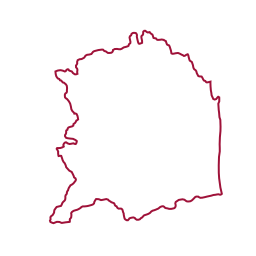 Akko, HaZafon, Israel, rotated 168°
{"feature_id": "584046B83749751332199", "entity_name": "Akko", "entity_type": "district", "adm_level": 2, "iso_a3": "ISR", "parent_name": "Israel", "parent_adm1": "HaZafon", "projection": "mercator", "projection_center": [35.293, 32.939], "detail": "fine", "context": "isolated", "style": "outline", "palette": "rose", "viewbox_px": 256, "rotation_deg": 168, "n_neighbors": 0, "source": "geoboundaries", "source_scale": "gbopen_adm2", "svg_char_len": 5486}
<svg xmlns="http://www.w3.org/2000/svg" viewBox="0 0 256 256"><g transform="rotate(168 128 128)"><path d="M204.6,48.3L204.2,49.0L204.1,50.1L203.7,51.1L202.9,51.6L202.1,52.5L201.4,54.8L201.3,56.5L200.3,57.5L198.9,58.1L198.3,58.3L196.2,58.5L194.5,58.6L193.0,59.0L191.0,59.7L190.0,60.4L188.6,60.7L186.4,60.3L184.4,60.1L182.6,60.1L179.5,60.3L178.0,60.6L176.9,61.3L176.3,62.7L175.2,64.0L174.0,65.1L172.2,64.7L171.2,64.3L169.4,63.1L167.8,63.0L166.4,63.0L164.0,63.0L162.3,62.0L162.0,61.2L161.0,60.2L160.3,59.6L159.7,58.8L158.9,58.4L157.3,57.3L157.0,56.5L156.9,55.4L156.4,54.4L155.5,53.8L155.3,53.1L154.9,52.0L154.0,51.1L152.3,50.8L151.2,50.4L150.5,49.4L150.4,48.7L150.3,46.8L150.0,45.2L150.2,44.1L150.2,42.3L150.2,41.0L150.1,39.9L149.5,39.0L148.5,38.1L147.3,37.8L146.1,38.6L145.4,39.3L144.1,39.5L142.2,39.5L141.1,39.3L140.0,38.5L139.6,37.5L138.4,36.4L136.7,36.1L135.3,36.3L134.2,37.1L133.1,37.4L132.0,38.1L130.7,39.1L129.7,39.3L127.7,39.5L125.8,39.8L123.9,40.5L122.8,41.4L121.2,42.0L119.6,42.1L118.1,42.3L115.1,42.9L114.1,43.4L113.0,44.0L112.0,44.2L111.0,44.3L110.0,44.2L109.0,43.4L108.4,42.3L107.7,41.8L106.4,41.3L105.4,40.8L104.5,40.3L102.6,39.9L100.4,39.9L99.2,40.0L98.1,40.9L97.6,41.8L97.4,42.8L97.4,44.5L96.7,45.7L93.3,47.1L90.7,47.0L89.4,46.9L87.7,46.1L87.0,45.3L86.2,44.4L85.5,43.9L83.8,43.5L82.1,43.4L80.4,44.0L79.3,44.7L78.2,45.4L77.2,46.1L76.4,46.6L75.3,46.7L73.6,46.3L73.1,45.7L71.8,44.7L70.0,44.4L67.3,44.4L64.8,44.5L60.7,44.5L58.4,44.7L56.1,44.5L55.0,44.5L53.4,44.4L52.6,44.0L52.1,43.7L51.2,43.5L49.9,44.1L50.0,50.6L49.3,59.9L48.5,65.3L47.0,72.6L45.0,80.8L43.1,86.0L42.4,89.4L41.7,93.2L40.0,100.0L38.2,105.8L37.2,110.1L36.0,116.8L36.3,119.5L35.7,124.2L35.5,126.8L34.9,130.9L34.6,133.0L33.2,135.1L32.6,137.8L32.4,139.0L33.3,139.8L34.0,139.4L35.7,138.0L37.2,137.8L38.5,138.6L39.4,142.6L39.2,144.9L39.1,147.8L38.6,151.6L38.0,155.0L37.7,156.2L40.2,156.1L41.4,156.2L42.0,156.6L42.6,157.9L43.9,158.7L44.4,160.0L44.8,161.7L45.3,163.0L46.1,163.3L47.4,163.6L48.4,164.2L48.8,165.5L49.3,167.3L49.4,169.3L49.9,170.5L51.0,171.7L51.4,172.9L51.5,174.1L51.4,175.8L51.8,179.2L52.6,180.1L53.6,181.1L53.8,182.7L53.9,184.8L53.9,186.5L54.3,187.7L55.7,187.5L56.9,187.0L57.6,186.8L58.4,186.9L59.4,188.0L60.4,188.6L60.9,189.1L62.1,190.1L63.5,191.0L65.7,191.2L67.9,191.2L69.2,191.4L70.0,192.0L69.9,194.7L70.3,198.8L70.6,200.2L71.7,200.9L72.5,201.6L72.8,203.5L72.9,205.1L73.8,205.8L74.8,206.7L74.8,206.8L75.6,207.1L76.2,207.4L77.0,207.6L77.9,207.6L79.4,207.8L80.8,208.1L81.4,208.5L81.7,209.1L82.1,209.9L83.3,210.3L84.3,210.8L84.4,211.7L84.5,212.9L84.7,214.3L85.7,215.3L86.5,216.3L86.9,217.3L88.7,217.3L89.6,217.9L90.9,219.5L91.9,219.7L93.0,219.1L93.3,218.2L93.7,216.7L94.5,215.7L95.4,215.4L95.9,214.7L96.1,213.5L96.1,212.1L96.1,210.3L96.5,208.4L98.0,208.1L99.3,208.0L100.0,208.4L100.3,209.8L100.4,213.1L100.4,215.4L99.9,217.1L100.0,217.9L100.4,219.0L101.2,219.5L102.7,219.9L103.6,219.9L104.9,219.4L105.7,218.0L107.1,217.3L107.7,216.1L107.7,212.7L107.7,211.7L108.2,210.4L109.4,209.9L109.9,209.3L110.4,208.3L111.1,208.0L113.1,207.8L115.5,207.7L117.7,206.8L119.1,206.6L120.7,207.0L122.2,207.6L124.5,208.0L126.5,207.4L126.8,206.4L127.5,205.6L128.5,205.1L130.3,205.2L132.0,205.6L132.9,206.5L133.9,207.7L135.0,208.1L135.5,208.7L136.0,209.7L137.0,210.1L140.7,210.4L145.0,210.2L146.3,209.8L147.6,208.7L148.4,208.0L150.6,207.9L152.8,208.1L154.5,207.6L155.8,206.3L156.5,205.8L159.0,205.1L161.1,205.3L163.1,204.8L164.0,203.3L164.3,201.5L165.1,200.6L165.9,199.9L166.2,198.1L165.4,196.6L165.4,195.3L166.1,193.3L166.2,191.5L167.7,191.3L168.9,191.6L170.4,193.2L171.2,195.0L173.0,196.0L173.8,196.7L174.1,197.7L174.9,198.0L176.0,197.7L177.1,196.6L178.0,196.4L179.6,197.5L180.8,198.1L182.0,198.6L183.0,198.7L184.8,198.8L187.2,198.4L187.3,197.7L187.5,195.8L187.4,193.5L187.0,192.4L186.3,191.0L185.0,190.2L184.6,188.8L183.6,188.4L182.9,187.3L182.4,186.2L181.2,185.6L180.3,184.4L179.6,183.5L179.1,182.0L179.3,179.7L179.9,177.7L180.2,176.2L180.7,175.4L182.2,174.7L182.8,173.8L183.1,172.5L183.2,171.0L182.5,169.9L181.6,169.0L180.6,167.1L180.0,165.6L179.5,163.8L179.4,160.9L179.5,158.1L178.9,156.1L178.0,154.7L177.6,154.0L177.5,153.2L176.8,153.2L176.3,153.1L175.4,152.4L174.9,150.3L174.9,148.4L175.0,146.8L176.2,146.2L177.0,146.0L177.8,144.9L178.7,144.0L180.5,143.2L181.0,141.7L182.3,141.2L184.6,141.1L186.1,140.9L187.1,140.1L187.6,138.9L188.9,138.4L189.3,137.2L189.5,136.1L190.1,135.1L191.1,134.1L191.3,133.0L190.6,131.3L189.3,130.6L187.1,129.8L184.0,128.8L181.8,127.1L180.8,125.8L181.5,124.2L182.5,123.2L183.8,123.7L184.4,124.3L185.5,124.4L187.1,124.4L188.5,124.5L190.4,125.6L190.9,126.3L191.6,126.9L192.5,126.9L193.9,126.1L194.8,124.8L194.7,123.2L196.3,122.7L198.3,122.5L201.1,123.0L201.5,123.1L202.1,122.4L201.6,121.2L201.2,119.5L201.6,117.9L201.8,115.8L201.7,115.0L200.0,114.9L199.1,114.6L198.8,112.2L198.6,110.0L198.0,108.0L197.2,106.7L196.7,104.4L196.6,102.5L195.1,99.9L194.3,98.5L192.2,96.7L191.6,94.5L191.1,92.4L191.0,90.9L189.8,89.6L189.7,88.2L190.5,87.1L191.3,86.5L192.2,85.7L193.2,85.0L194.7,84.3L196.2,83.9L197.0,83.0L198.2,81.9L199.2,80.4L199.6,79.5L200.4,78.9L201.1,77.9L201.4,76.8L202.0,75.9L202.9,75.3L203.5,74.2L203.8,72.5L204.4,70.9L205.2,70.1L206.9,69.1L207.8,68.3L208.8,66.8L209.8,65.7L211.6,65.7L214.2,65.6L215.3,64.7L217.0,63.1L217.5,62.0L217.9,60.6L219.3,59.0L220.1,58.3L221.3,57.9L222.4,56.9L222.8,54.6L223.6,53.6L223.4,52.2L222.7,51.7L221.6,50.9L220.6,50.4L218.4,50.8L217.1,51.0L215.5,50.6L214.5,50.3L213.3,49.4L212.5,48.9L208.5,48.7L204.6,48.3Z" fill="none" stroke="#9f1239" stroke-width="2"/></g></svg>